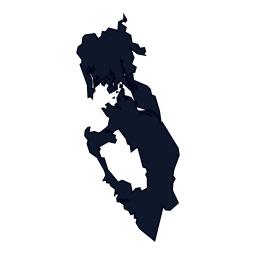 outline of Chepigana, Darién, Panama
{"feature_id": "35544464B97743116241572", "entity_name": "Chepigana", "entity_type": "district", "adm_level": 2, "iso_a3": "PAN", "parent_name": "Panama", "parent_adm1": "Darién", "projection": "mercator", "projection_center": [-78.199, 8.103], "detail": "fine", "context": "isolated", "style": "filled", "palette": "ink", "viewbox_px": 256, "rotation_deg": 0, "n_neighbors": 0, "source": "geoboundaries", "source_scale": "gbopen_adm2", "svg_char_len": 5728}
<svg xmlns="http://www.w3.org/2000/svg" viewBox="0 0 256 256"><path d="M118.1,182.4L107.5,169.6L104.0,158.1L101.0,158.0L98.7,151.8L100.1,148.8L95.8,145.8L98.4,147.1L108.4,141.4L115.0,142.9L116.3,139.9L114.6,138.4L115.2,135.5L111.7,134.1L113.2,132.2L110.8,132.3L109.7,131.6L109.2,130.0L109.0,131.6L108.4,131.4L108.0,130.5L107.6,130.7L107.9,132.3L107.6,132.7L106.9,132.3L106.7,131.3L106.8,130.5L106.4,131.6L106.0,131.8L105.5,131.6L104.9,130.4L98.5,133.2L94.3,131.7L90.4,132.7L88.9,131.4L89.8,127.3L88.0,127.6L85.4,130.5L84.9,135.8L88.4,140.2L87.3,143.7L90.0,152.3L97.2,157.3L104.5,170.2L106.1,175.2L103.4,180.4L106.4,179.9L106.8,182.6L110.1,183.0L110.7,185.5L115.7,189.4L114.5,196.4L115.3,193.0L116.5,193.8L116.4,192.9L116.7,192.4L118.6,192.0L116.5,192.9L119.2,194.2L116.9,198.4L117.4,201.6L119.0,201.7L118.6,200.7L119.4,199.3L119.6,199.2L119.1,200.8L121.8,199.7L122.0,200.1L121.7,200.7L122.1,201.2L123.3,200.3L123.7,200.1L125.2,201.2L125.1,200.7L125.4,200.1L125.3,199.8L126.2,199.3L127.8,199.6L128.1,199.8L128.1,200.0L127.7,200.1L128.0,200.6L127.5,201.9L127.7,200.0L128.1,199.9L126.3,199.3L125.2,201.2L122.0,201.3L121.6,200.8L121.6,199.9L119.4,201.4L124.1,204.6L124.5,208.5L128.8,210.6L130.9,214.4L134.6,213.5L134.5,217.9L137.3,218.4L136.3,222.7L139.8,228.6L154.6,240.6L163.0,206.0L165.6,209.7L170.0,210.1L178.1,202.9L172.3,190.5L172.6,183.1L174.9,178.6L172.7,175.7L173.6,169.8L179.0,155.1L177.9,148.2L162.1,122.5L160.0,123.1L159.1,118.0L154.5,113.7L146.3,110.7L141.2,111.3L143.8,111.4L152.7,117.0L142.1,112.3L139.7,116.1L140.5,112.6L137.1,110.5L134.5,102.5L130.6,97.5L127.3,99.0L128.2,98.7L129.2,99.9L127.4,99.6L127.1,98.9L128.6,96.8L124.1,95.7L126.1,97.8L126.1,98.5L125.5,99.1L125.8,99.4L125.6,99.8L125.4,99.0L126.0,97.8L124.0,96.8L123.8,89.5L122.3,88.1L118.0,96.4L119.1,97.8L119.8,99.6L117.2,98.0L117.7,102.6L115.8,104.1L118.1,104.4L117.7,106.6L119.5,107.6L121.2,109.3L117.0,107.1L116.9,105.7L116.5,106.0L116.6,106.6L116.5,106.8L115.7,104.5L115.4,106.8L113.2,106.4L114.5,107.8L113.8,108.3L108.4,103.1L105.9,104.8L107.5,106.4L106.2,110.1L103.7,108.2L102.1,108.5L107.1,115.9L110.1,117.4L108.3,126.3L103.5,130.2L105.2,130.2L105.9,131.7L106.9,130.4L107.5,132.6L107.5,130.6L108.0,130.4L108.8,131.4L108.9,130.1L109.2,129.9L111.5,132.2L118.6,128.6L126.4,138.8L127.7,143.8L130.4,144.8L131.3,151.6L136.6,147.5L138.3,148.1L143.2,166.9L146.3,167.9L147.6,172.0L145.9,174.7L147.5,177.7L147.6,188.1L141.4,191.6L139.8,188.0L135.8,188.7L132.3,193.1L130.3,184.0L122.2,180.4L118.1,182.4ZM78.4,46.9L77.0,52.7L82.0,59.5L82.1,63.1L80.3,64.6L87.6,85.0L88.2,97.3L90.5,96.4L92.3,98.4L92.6,93.2L94.8,91.0L94.5,89.0L91.7,88.5L92.0,81.6L90.6,80.5L91.9,80.1L90.2,75.6L86.5,73.2L88.6,73.7L87.2,71.2L89.5,72.0L90.4,69.4L89.8,68.1L89.3,68.8L87.6,68.6L87.4,68.3L89.7,68.0L88.1,66.0L90.0,67.5L90.6,69.2L90.2,70.7L90.7,69.9L95.0,69.2L93.3,68.0L92.8,65.4L95.1,69.1L94.9,69.5L92.3,70.3L90.9,70.1L90.5,70.8L91.0,73.8L91.2,72.5L92.3,71.5L93.3,71.3L91.8,74.7L93.6,77.7L94.3,87.6L99.0,83.8L98.3,82.1L96.6,83.6L95.7,82.4L95.5,84.4L94.9,83.6L95.5,80.4L96.7,78.3L97.1,78.1L96.8,77.0L97.7,77.8L96.3,82.5L97.6,80.7L99.6,82.6L100.6,81.2L99.6,78.6L98.0,77.7L97.1,75.8L101.0,79.6L101.6,82.9L102.8,82.0L102.2,84.6L104.1,85.7L105.9,82.0L105.5,82.0L103.6,80.4L104.6,80.2L103.2,79.0L103.2,78.9L103.3,78.6L106.6,81.8L108.3,79.7L104.8,76.2L108.2,79.0L108.7,77.2L108.8,79.7L110.7,79.6L107.2,83.6L111.7,85.6L113.4,77.1L109.8,74.5L111.3,72.1L110.2,71.1L112.0,72.2L109.7,69.6L109.5,68.7L114.1,74.0L113.0,74.9L114.8,78.7L112.6,81.9L113.9,81.5L114.9,86.3L113.9,87.8L112.9,85.7L112.0,87.0L109.1,85.7L107.3,89.3L109.7,93.1L113.0,91.5L111.4,90.0L113.5,91.2L117.2,89.0L116.8,82.0L117.3,84.2L120.6,80.5L129.6,89.2L129.3,85.3L126.0,80.3L126.4,77.9L125.4,77.8L124.6,77.5L123.8,76.8L123.6,76.4L122.9,71.3L124.1,71.2L123.0,69.6L121.2,64.4L122.2,62.9L121.2,62.8L120.9,62.4L120.2,60.5L120.8,59.8L121.2,62.6L122.3,62.9L121.9,61.9L122.1,60.8L123.1,61.0L122.2,61.0L122.5,62.0L122.2,64.1L121.3,64.3L125.1,70.6L125.0,73.4L128.7,76.2L129.8,74.2L130.5,75.2L130.0,78.6L127.9,77.5L126.5,78.9L126.9,81.3L129.0,83.3L130.2,81.5L129.9,81.3L129.2,81.6L128.8,81.5L128.1,80.8L127.8,80.5L127.7,80.3L130.2,81.3L130.3,82.6L129.1,83.6L130.5,84.4L131.0,85.3L131.3,83.6L132.4,83.9L131.2,82.6L133.2,83.6L131.1,85.5L129.6,84.2L131.0,86.9L132.1,87.3L132.2,86.4L132.7,86.4L132.3,88.1L133.6,87.2L135.5,87.7L134.1,86.4L133.8,84.6L134.1,84.0L135.8,84.9L134.1,85.2L135.7,87.9L136.3,86.3L136.8,88.0L138.1,87.2L136.9,88.1L138.3,90.2L136.5,88.2L132.9,88.2L134.5,89.8L134.7,93.1L132.8,89.9L132.9,89.5L133.3,89.4L134.0,89.7L133.9,89.2L131.1,87.8L130.9,89.6L137.5,106.6L154.1,111.9L159.9,117.3L160.9,122.6L159.3,111.3L154.9,96.4L151.4,95.0L150.1,89.3L147.0,86.2L133.4,80.3L132.3,72.1L134.6,72.2L136.0,67.2L131.3,64.3L133.8,57.7L130.1,48.0L137.7,53.7L144.7,55.0L143.6,53.9L145.4,51.6L144.3,47.8L139.9,48.5L137.6,44.6L131.9,43.0L130.6,35.4L124.8,32.1L126.0,27.4L120.6,23.7L122.8,20.7L125.3,21.9L126.6,20.0L124.0,15.4L124.0,19.6L118.7,22.1L118.2,30.7L108.7,28.2L105.7,32.0L102.5,31.7L101.5,36.5L98.1,39.0L94.6,33.8L85.2,35.2L83.0,37.6L82.3,44.2L78.4,46.9ZM125.3,75.5L124.7,77.4L127.3,76.9L127.2,76.1L125.3,75.5ZM120.3,84.7L120.0,87.4L121.8,87.8L121.7,86.3L120.3,84.7ZM141.3,111.8L140.2,111.2L138.7,111.0L141.3,111.8ZM122.1,84.7L121.4,85.9L122.4,85.9L122.1,84.7ZM133.4,90.5L133.2,89.5L132.9,89.8L133.4,90.5ZM124.3,72.9L123.4,72.2L124.1,73.1L124.3,72.9ZM88.7,73.0L89.4,73.1L89.2,72.3L88.7,73.0ZM89.7,73.5L89.1,73.9L89.6,74.5L89.7,73.5ZM114.1,97.6L113.5,97.9L114.0,98.1L114.1,97.6ZM112.0,74.4L112.6,74.1L112.0,73.7L112.0,74.4ZM90.5,71.4L90.0,71.7L90.2,72.3L90.5,71.4ZM112.3,73.3L111.7,73.3L111.8,74.0L112.2,73.4L112.7,74.0L112.3,73.3ZM117.5,92.0L116.9,91.8L116.8,92.3L117.5,92.0Z" fill="#0f172a" stroke="#020617" stroke-width="1.5"/></svg>